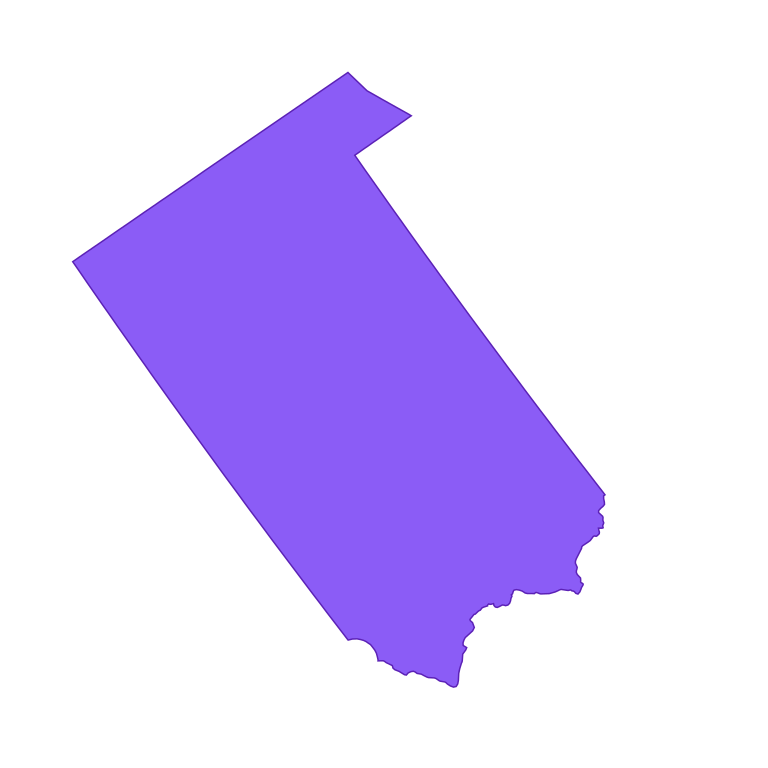 map outline of Pennsylvania (orthographic projection), rotated 53°
{"feature_id": "USA-3560", "entity_name": "Pennsylvania", "entity_type": "State", "adm_level": 1, "iso_a3": "USA", "parent_name": "United States of America", "parent_adm1": "", "projection": "orthographic", "projection_center": [-76.702, 41.129], "detail": "fine", "context": "isolated", "style": "filled", "palette": "violet", "viewbox_px": 768, "rotation_deg": 53, "n_neighbors": 0, "source": "natural_earth", "source_scale": "10m", "svg_char_len": 3959}
<svg xmlns="http://www.w3.org/2000/svg" viewBox="0 0 768 768"><g transform="rotate(53 384 384)"><path d="M113.5,225.3L115.0,225.1L127.3,223.1L139.6,221.1L154.4,214.7L169.2,208.2L183.9,201.7L186.2,200.8L186.0,205.0L185.9,209.4L185.7,213.7L185.6,218.1L185.4,222.4L185.3,226.8L185.1,231.1L184.9,235.5L184.8,239.2L184.7,243.0L184.5,246.7L184.4,250.4L184.3,254.2L184.1,257.9L184.0,261.6L183.9,265.4L183.7,269.7L187.2,269.8L200.1,270.3L213.1,270.7L226.1,271.1L239.0,271.5L252.0,271.9L264.9,272.2L277.9,272.6L290.9,272.9L303.8,273.2L316.8,273.4L329.8,273.7L342.8,273.9L355.7,274.1L368.7,274.3L381.7,274.5L394.6,274.6L407.6,274.7L420.6,274.8L433.6,274.9L446.5,275.0L459.5,275.0L472.5,275.1L485.5,275.1L498.4,275.1L511.4,275.0L524.4,275.0L537.4,274.9L550.3,274.8L563.3,274.7L576.3,274.5L589.3,274.4L602.2,274.2L604.3,274.2L605.5,274.2L605.5,275.9L607.8,277.6L610.8,279.0L612.9,280.4L613.5,282.7L613.7,285.9L614.3,288.8L615.9,290.0L621.2,289.0L622.4,289.4L624.5,291.2L627.2,292.1L628.6,294.4L629.5,295.0L630.7,295.5L630.4,296.6L628.2,299.5L630.2,300.5L631.9,301.1L633.1,302.2L633.5,305.0L633.3,306.2L632.0,307.4L631.7,308.6L633.1,313.4L633.1,316.0L632.7,322.7L633.0,324.0L634.2,325.2L639.3,335.6L640.6,337.6L642.3,339.0L646.6,340.0L647.8,341.2L648.8,342.6L650.2,343.8L652.5,344.3L657.2,343.8L659.1,345.0L660.4,346.1L661.4,346.1L662.3,345.6L663.4,345.3L664.1,345.7L664.6,346.7L665.4,348.7L666.3,350.0L667.9,352.7L668.4,355.2L668.5,355.5L666.6,356.8L664.5,356.9L663.5,357.3L662.2,358.5L661.2,358.7L660.7,359.0L660.4,359.6L659.9,360.8L659.7,361.2L654.6,366.2L654.0,368.0L653.9,368.9L653.1,372.4L650.9,378.1L646.0,385.1L644.8,386.1L644.1,386.4L643.1,387.1L642.2,387.8L641.8,388.4L641.9,390.0L641.8,390.3L641.5,390.5L637.6,395.6L635.8,397.1L633.7,397.8L632.3,398.4L630.0,400.0L627.9,402.0L626.9,404.1L627.1,405.0L627.7,406.0L628.9,407.6L629.0,408.1L628.9,408.7L628.9,409.1L629.2,409.3L629.8,409.3L630.4,409.5L630.8,409.9L631.0,410.6L631.7,411.7L633.3,413.4L634.7,415.6L635.1,418.0L634.2,420.3L632.8,421.3L631.7,422.5L631.2,425.6L630.6,428.0L629.1,429.3L627.1,429.5L625.3,428.7L624.4,430.9L623.8,431.9L623.1,432.4L622.6,432.9L622.8,433.9L623.2,434.8L623.5,434.9L622.2,438.6L621.8,440.3L622.2,441.9L622.6,443.2L622.3,444.2L622.2,445.5L622.7,449.5L622.2,450.8L622.5,452.1L622.9,453.5L623.7,457.0L624.9,457.5L627.8,456.9L632.8,458.4L634.5,461.8L635.4,471.7L636.5,474.1L638.3,476.7L640.5,478.1L644.3,476.6L645.6,478.8L647.1,483.7L652.3,488.2L653.2,489.4L653.5,490.1L656.9,494.8L660.1,498.5L665.4,502.9L667.9,505.6L669.0,508.4L667.9,510.9L665.1,512.7L661.8,513.9L659.4,514.3L658.5,514.8L655.1,518.0L654.1,518.5L650.5,519.7L649.0,520.7L645.2,525.2L643.9,526.1L640.5,527.8L638.2,528.8L635.0,531.8L632.8,532.4L631.1,533.4L629.9,535.7L629.3,538.6L629.9,541.3L628.5,542.6L622.6,544.9L618.7,547.3L616.3,547.8L613.9,546.8L607.9,549.9L606.1,550.4L604.6,551.1L601.5,555.4L601.4,555.3L600.8,554.8L599.3,554.1L597.0,553.1L594.5,552.1L591.1,551.5L586.8,551.5L584.0,551.6L581.2,552.6L579.0,553.3L576.5,554.6L574.1,556.4L571.3,558.9L568.6,562.8L567.0,566.6L566.8,566.8L566.1,566.8L565.7,566.8L554.7,566.9L543.3,567.0L531.9,567.1L520.5,567.1L509.1,567.2L497.7,567.2L486.3,567.2L474.9,567.2L463.6,567.2L452.2,567.2L440.8,567.2L429.4,567.1L418.0,567.0L406.6,567.0L395.2,566.9L383.8,566.7L372.4,566.6L361.0,566.5L349.6,566.3L338.3,566.1L326.9,565.9L315.5,565.7L304.1,565.5L292.7,565.3L281.3,565.0L269.9,564.8L258.6,564.5L247.2,564.2L235.8,563.9L224.4,563.5L213.0,563.2L201.7,562.8L188.8,562.4L176.0,562.0L163.1,561.5L150.3,561.1L137.5,560.6L124.6,560.1L111.8,559.5L99.0,559.0L99.3,550.1L99.7,541.1L100.1,532.2L100.5,523.3L100.9,513.0L101.3,502.7L101.8,492.4L102.2,482.1L102.6,471.8L103.1,461.5L103.5,451.2L104.0,440.9L104.0,440.7L104.0,440.4L104.6,426.9L105.2,413.5L105.7,400.0L106.3,386.6L106.9,373.1L107.5,359.7L108.1,346.3L108.7,332.8L109.3,319.4L109.9,305.9L110.5,292.5L111.1,279.0L111.7,265.6L112.3,252.2L112.9,238.7L113.5,225.3Z" fill="#8b5cf6" stroke="#5b21b6" stroke-width="1.5"/></g></svg>